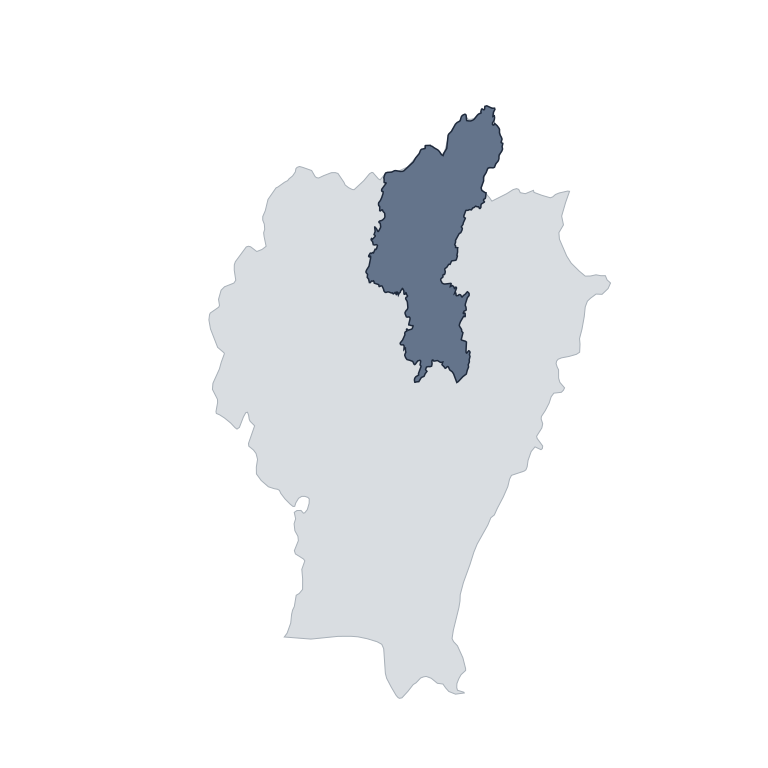 Belarus, with Mogilev highlighted, rotated 287°
{"feature_id": "BLR-2340", "entity_name": "Mogilev", "entity_type": "Region", "adm_level": 1, "iso_a3": "BLR", "parent_name": "Belarus", "parent_adm1": "", "projection": "equal_earth", "projection_center": [29.938, 53.567], "detail": "fine", "context": "in_parent", "style": "filled", "palette": "slate", "viewbox_px": 768, "rotation_deg": 287, "n_neighbors": 0, "source": "natural_earth", "source_scale": "10m", "svg_char_len": 9803}
<svg xmlns="http://www.w3.org/2000/svg" viewBox="0 0 768 768"><g transform="rotate(287 384 384)"><path d="M622.5,505.1L610.7,504.6L596.5,504.8L588.6,509.1L579.9,507.0L573.8,509.4L559.8,521.3L554.3,527.7L549.1,537.6L546.0,544.9L547.7,550.0L550.4,554.8L551.0,559.9L552.3,564.0L548.8,566.9L546.8,571.1L540.8,570.4L533.5,566.3L532.0,560.5L526.4,556.4L522.7,554.3L516.6,553.9L506.9,555.8L494.2,557.3L484.6,557.7L479.4,559.8L471.6,561.8L468.7,559.4L464.4,552.8L460.9,546.1L458.5,543.2L456.4,542.4L453.8,542.6L450.8,544.7L448.6,546.8L440.6,549.3L437.0,551.7L433.1,557.8L430.5,557.4L427.9,556.0L424.9,549.1L420.7,547.6L414.0,547.5L405.7,546.0L398.9,544.0L396.5,544.5L392.4,547.4L388.1,547.8L378.6,545.2L376.7,546.4L371.1,553.9L368.5,554.3L367.1,553.3L368.0,546.8L362.5,544.5L353.1,544.1L346.6,545.1L343.4,544.8L341.7,543.5L333.9,532.6L329.7,531.9L322.1,532.4L310.9,531.1L298.1,528.7L291.0,527.8L287.4,525.3L279.4,524.5L258.2,519.9L249.5,519.1L236.7,519.0L217.2,518.0L204.7,518.5L198.8,520.1L192.1,521.0L168.8,522.3L160.5,523.5L158.0,525.8L155.1,530.8L145.2,539.5L135.6,545.3L133.9,545.8L128.6,542.7L124.1,541.7L118.8,541.3L115.0,542.3L112.6,543.8L112.6,550.5L112.0,551.1L108.3,543.1L108.9,535.9L111.4,531.8L114.3,528.1L113.4,522.5L116.4,515.2L116.7,509.9L115.6,507.6L113.6,505.0L107.6,502.0L105.1,499.8L97.0,496.7L89.1,492.9L87.9,490.6L88.3,489.0L89.8,486.6L96.3,479.5L103.3,472.6L107.7,469.9L130.8,461.1L134.4,458.0L135.5,452.8L135.5,442.4L134.6,432.9L133.1,426.3L129.3,414.0L118.7,388.7L112.9,362.6L117.4,364.2L128.1,364.7L136.7,363.0L141.1,362.7L145.0,363.3L156.3,361.8L158.9,364.2L163.8,366.2L173.8,363.2L182.7,359.6L191.7,360.0L193.1,358.2L195.6,349.0L198.4,347.0L209.2,347.9L213.2,346.2L217.6,341.7L224.0,338.9L229.3,338.9L235.0,335.7L237.6,337.8L238.8,341.6L236.9,344.7L237.7,345.9L241.5,347.4L248.0,347.3L252.3,346.1L253.3,344.3L253.4,341.2L252.5,338.2L249.7,335.7L244.5,334.4L240.9,334.4L240.3,332.8L241.7,329.3L245.1,323.0L249.2,317.3L251.7,315.1L252.2,313.1L251.8,309.7L251.9,303.5L255.8,294.8L260.7,288.3L267.2,286.2L275.0,285.1L280.1,282.0L282.7,278.5L285.0,272.9L287.5,271.8L306.2,272.5L309.2,266.9L310.9,265.4L314.5,263.7L317.1,261.7L316.2,260.2L311.4,259.2L300.2,258.4L297.9,256.6L298.7,254.3L301.9,248.7L304.9,241.3L306.5,235.6L306.8,232.3L308.4,231.4L317.6,230.3L320.7,229.2L328.7,221.5L334.7,220.2L350.2,222.2L357.3,222.0L366.3,222.5L367.1,221.8L370.4,214.2L385.9,202.0L394.1,197.8L399.3,196.9L401.1,197.1L409.2,203.5L411.1,203.7L416.6,201.0L426.1,200.8L430.4,203.1L436.6,210.9L439.9,211.9L449.1,207.5L454.2,206.0L457.5,206.1L474.8,212.2L476.1,214.1L476.2,216.4L473.5,223.6L477.0,228.0L481.2,231.0L490.2,226.1L493.4,224.7L497.0,224.7L501.9,222.8L505.3,220.1L508.7,219.1L515.0,219.8L526.6,219.1L540.0,223.4L541.2,224.8L547.9,229.9L550.3,232.4L552.5,233.2L556.1,235.7L560.9,237.2L564.2,236.8L565.8,237.6L567.3,239.6L567.4,242.9L567.0,252.4L562.2,257.5L561.6,259.2L561.9,261.3L565.7,265.5L570.7,271.9L571.9,275.6L571.9,278.4L565.2,286.7L563.0,288.6L561.4,292.7L560.7,296.9L561.1,298.6L572.5,305.2L580.9,308.7L582.8,310.5L582.9,311.6L578.5,318.7L578.1,320.6L584.9,323.6L588.6,328.2L592.0,335.8L598.4,343.1L622.3,353.8L624.5,355.7L625.2,358.0L624.5,363.0L620.3,372.5L624.4,374.0L634.9,373.6L647.7,374.8L663.2,381.5L663.3,384.6L661.7,387.4L662.8,390.3L664.6,392.8L678.0,400.4L679.3,402.6L679.6,406.3L679.3,409.0L675.6,409.6L671.6,410.8L664.9,414.1L662.4,418.7L651.6,425.1L644.9,427.9L639.6,428.1L626.9,426.8L622.4,423.6L620.5,420.7L615.6,419.4L609.1,419.3L600.1,419.8L598.3,420.7L596.9,424.2L593.1,430.3L590.4,433.7L601.9,445.7L607.7,450.7L609.6,453.7L609.5,455.9L606.8,458.4L607.3,463.5L612.9,470.3L611.1,471.4L610.6,479.7L610.7,488.6L612.3,490.7L615.3,492.5L617.9,495.7L622.2,503.2L622.5,505.1Z" fill="#d9dde1" stroke="#a8b0b8" stroke-width="1"/><path d="M584.5,323.5L586.3,323.9L587.4,325.4L588.8,329.3L591.0,331.6L591.5,332.8L592.0,337.3L592.7,339.4L593.6,340.6L604.8,347.1L609.5,348.2L614.6,350.3L618.2,350.6L618.9,350.9L619.6,351.4L621.1,354.3L621.8,354.5L623.7,353.7L624.2,354.0L625.8,358.6L625.4,359.2L625.3,360.9L624.6,362.6L623.6,367.0L622.6,368.9L620.2,371.8L619.7,373.7L622.3,373.8L627.6,375.1L640.5,372.6L641.9,372.8L645.5,374.7L653.3,376.3L655.5,377.5L657.4,379.5L658.3,379.9L661.4,379.8L662.6,379.9L663.9,380.5L665.5,382.2L665.7,382.8L665.5,383.3L665.1,383.9L660.1,386.0L660.3,387.9L660.9,390.0L662.1,391.6L663.5,392.8L668.4,394.7L669.8,395.5L671.3,397.4L671.7,397.6L672.7,397.0L674.9,396.9L675.8,397.3L675.3,398.8L675.6,399.6L676.3,399.8L679.0,399.3L680.1,401.0L679.3,406.7L680.1,409.1L679.0,409.8L676.0,409.2L671.7,409.9L672.7,411.1L671.0,411.9L669.1,412.2L667.1,412.0L665.6,411.4L664.0,411.8L663.5,412.7L664.1,413.5L665.5,413.7L664.1,416.7L662.2,419.2L661.1,420.1L657.9,421.0L655.9,422.4L654.3,424.1L652.7,425.3L649.5,425.3L649.1,425.6L648.9,426.3L648.9,427.2L648.6,427.4L645.6,427.5L643.4,428.7L641.3,428.6L636.8,427.2L635.0,427.4L633.4,428.0L631.9,428.1L630.4,427.9L627.2,426.5L623.6,426.3L622.6,425.1L621.9,421.9L621.0,420.5L619.9,420.1L616.0,419.9L612.2,418.8L610.9,418.7L607.4,419.9L600.0,419.5L597.7,420.9L596.6,424.6L596.7,425.7L592.7,426.5L591.1,426.6L589.7,425.4L588.9,425.4L588.4,425.7L587.6,426.8L587.3,426.8L584.6,424.5L583.7,424.4L581.1,425.0L580.0,424.6L579.8,423.9L580.9,423.0L581.1,422.5L580.7,421.2L580.9,419.7L579.0,418.4L578.3,417.4L576.1,416.7L575.7,414.6L574.6,413.5L574.1,411.7L573.7,411.5L567.8,411.2L566.8,411.9L566.4,413.3L565.8,413.3L561.3,412.7L559.7,412.9L557.0,412.0L556.5,412.3L556.0,413.2L555.5,413.5L553.8,413.6L551.2,413.2L550.8,412.9L550.3,412.3L549.3,411.8L542.2,410.4L540.6,411.0L537.9,410.9L537.0,412.1L535.5,412.5L535.9,414.7L534.8,414.8L531.7,415.8L528.4,416.1L527.9,416.8L524.3,416.8L523.3,416.5L521.6,412.9L521.0,412.6L517.7,412.2L517.5,411.1L517.1,410.8L513.9,409.9L512.3,408.6L511.5,408.5L509.2,409.8L507.1,410.0L506.3,409.7L506.2,409.0L505.7,408.6L504.9,408.6L503.6,409.1L501.3,407.7L500.3,407.7L499.5,408.1L498.8,409.0L497.8,409.7L497.4,410.5L497.2,411.9L497.4,413.0L499.8,418.5L499.7,418.8L499.3,419.0L497.3,418.8L496.5,418.9L498.1,420.5L497.6,422.1L496.0,423.4L497.6,424.3L497.6,424.8L497.0,425.3L491.1,425.0L492.1,425.8L492.0,426.1L489.8,427.1L489.6,427.4L490.3,429.1L491.4,429.6L491.7,430.3L491.6,431.2L490.2,432.7L490.0,433.2L492.0,434.2L493.7,435.5L496.2,436.5L496.6,436.9L495.8,438.5L495.1,439.1L493.4,439.5L491.0,438.5L484.3,438.4L482.7,438.8L481.5,439.9L479.1,440.9L478.4,440.8L477.1,439.3L475.2,439.0L474.8,439.1L474.6,439.5L475.4,440.3L475.3,440.9L472.6,441.9L472.0,441.7L472.2,440.6L471.9,440.3L465.9,438.9L463.3,438.7L461.9,438.9L461.2,439.5L458.9,442.2L457.0,443.0L456.2,444.5L449.0,444.9L448.7,445.4L448.7,449.5L448.2,450.6L439.4,452.8L438.0,453.4L437.7,453.9L438.1,454.3L440.5,455.2L440.5,456.0L439.6,457.0L437.0,457.1L435.5,458.2L432.1,458.4L430.1,459.2L427.1,458.9L425.0,459.9L421.5,459.6L417.6,459.8L414.1,457.3L408.0,454.3L406.7,453.2L414.0,447.6L415.6,445.7L416.7,442.7L419.0,440.7L419.3,440.2L419.2,439.5L417.2,438.4L416.9,437.9L418.1,436.3L419.4,433.8L422.2,433.8L421.4,432.5L421.2,431.6L421.9,429.0L422.0,428.1L420.7,425.6L420.5,424.7L421.3,423.7L420.8,423.1L419.4,423.2L417.3,424.1L415.0,424.3L414.1,423.1L413.5,421.0L412.6,419.7L410.1,419.5L409.6,419.9L408.7,421.4L405.9,420.4L403.2,420.1L402.8,419.8L401.6,418.3L400.8,417.7L396.4,416.6L395.6,414.6L394.7,413.2L394.7,412.9L396.7,411.9L398.5,411.7L400.4,412.4L402.7,414.5L404.1,413.9L411.3,414.3L412.0,414.1L412.8,412.9L416.2,412.5L416.9,412.2L417.2,411.4L415.9,409.5L412.2,408.2L411.6,407.8L411.5,407.5L411.9,406.7L413.5,405.4L414.0,404.6L414.2,401.8L414.1,398.8L415.5,397.0L417.4,395.5L418.4,395.3L420.9,395.6L422.1,394.8L424.8,393.9L424.8,393.5L423.1,392.9L425.8,392.3L426.7,391.7L427.1,390.9L426.6,389.6L426.5,388.6L426.8,388.1L427.5,387.6L428.3,387.6L431.5,388.9L437.1,389.6L438.6,389.0L439.7,389.0L440.3,389.3L441.2,390.3L442.9,389.5L443.2,389.6L443.3,390.1L442.7,391.2L442.6,391.7L443.4,392.6L444.5,394.4L445.3,394.8L447.8,394.9L448.3,394.6L447.8,393.0L447.9,391.5L447.7,390.5L448.3,390.2L453.8,389.9L454.6,389.6L455.2,389.1L455.5,388.4L454.7,386.5L454.8,385.7L457.4,383.6L458.6,383.2L460.8,383.7L462.1,384.5L464.0,384.5L468.7,382.6L469.8,382.0L471.6,380.0L472.1,379.7L473.2,379.7L474.2,380.6L474.9,380.8L475.4,380.6L476.0,379.5L477.5,378.7L477.7,378.2L475.9,377.7L475.7,377.1L476.1,376.7L478.9,375.7L480.4,374.4L480.7,373.6L479.3,373.3L478.3,372.7L476.3,372.7L475.4,372.0L473.3,371.7L475.5,370.5L475.8,369.9L475.7,369.4L475.4,369.3L473.6,369.9L473.1,369.6L474.8,367.8L473.0,366.8L472.9,366.4L473.6,365.3L473.2,364.5L473.4,361.6L473.1,360.5L472.1,359.1L472.0,358.3L473.0,356.7L474.6,355.8L477.1,353.5L477.0,352.4L475.9,351.3L475.8,350.9L476.2,350.5L477.3,350.1L477.5,349.8L477.6,345.2L479.1,344.4L479.6,343.8L479.1,343.3L478.8,341.9L477.0,341.3L476.7,340.4L479.9,338.5L481.0,336.8L484.1,336.2L485.3,334.3L486.2,333.9L487.9,334.0L492.3,335.2L500.4,334.4L501.9,334.0L502.3,333.7L502.2,333.3L501.2,332.7L501.6,332.0L502.4,331.9L505.1,332.6L505.3,333.0L505.2,333.8L506.4,334.7L506.3,335.6L510.3,336.1L510.3,336.9L511.4,337.3L514.0,337.3L514.6,337.2L515.0,336.4L515.0,335.8L514.2,334.4L514.1,333.0L516.9,331.4L517.5,330.2L518.2,329.5L519.0,329.4L519.6,329.6L519.5,330.0L519.1,330.3L519.1,330.7L522.6,332.4L523.5,332.1L523.9,330.8L527.4,330.9L531.3,329.2L531.5,329.3L531.4,329.6L530.3,331.4L528.2,333.4L528.1,333.6L528.3,334.1L532.3,334.9L533.3,334.9L536.2,333.6L536.8,333.0L536.9,332.1L537.6,331.7L538.5,332.1L539.8,334.1L540.8,334.9L542.7,335.9L544.2,336.0L547.3,334.8L547.9,334.2L548.8,332.6L550.0,331.7L549.9,331.0L548.5,330.0L548.5,329.2L552.2,328.1L552.7,327.7L553.0,326.8L554.5,326.1L555.8,325.9L558.5,326.9L561.6,327.3L565.7,327.4L567.6,327.0L567.8,326.6L567.6,325.8L567.8,325.5L568.4,325.1L569.6,324.9L576.5,327.3L577.0,327.0L576.6,325.5L576.9,325.1L579.4,324.4L581.3,323.5L584.5,323.5Z" fill="#64748b" stroke="#1e293b" stroke-width="1.5"/></g></svg>